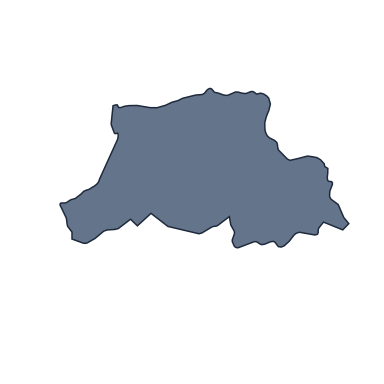 an SVG outline of Almería, rotated 236°
{"feature_id": "ESP-5804", "entity_name": "Almería", "entity_type": "Autonomous Community", "adm_level": 1, "iso_a3": "ESP", "parent_name": "Spain", "parent_adm1": "", "projection": "equal_earth", "projection_center": [-2.331, 37.298], "detail": "fine", "context": "isolated", "style": "filled", "palette": "slate", "viewbox_px": 384, "rotation_deg": 236, "n_neighbors": 0, "source": "natural_earth", "source_scale": "10m", "svg_char_len": 2149}
<svg xmlns="http://www.w3.org/2000/svg" viewBox="0 0 384 384"><g transform="rotate(236 192 192)"><path d="M307.7,174.8L307.0,177.2L306.0,178.8L303.2,178.4L301.8,180.2L300.9,183.8L298.9,188.0L294.4,194.9L285.3,204.5L281.4,210.2L278.7,218.5L277.6,225.6L275.7,231.2L274.9,236.8L270.3,249.3L267.1,255.0L266.9,257.5L267.4,259.3L268.0,260.9L268.2,262.7L268.0,264.5L267.2,265.5L266.1,266.0L262.6,266.3L261.6,266.8L259.7,268.8L254.3,272.8L252.2,275.5L250.6,284.0L248.8,286.4L246.4,288.3L243.8,291.2L243.2,292.8L242.4,296.7L241.6,298.3L240.2,299.3L238.5,299.8L237.0,300.4L235.5,304.3L233.0,306.3L230.0,307.6L227.0,308.1L221.1,306.2L216.8,301.5L213.0,295.9L208.9,291.2L203.4,287.6L200.2,286.3L196.7,285.8L193.8,286.4L188.8,289.2L185.7,290.0L184.2,289.6L180.1,287.6L178.2,287.2L165.9,289.5L163.4,291.0L160.4,298.8L157.2,307.9L153.2,312.3L152.5,312.9L150.7,314.8L146.8,316.6L141.5,317.4L138.8,316.3L135.6,317.8L131.5,314.9L128.5,312.3L125.6,310.9L124.3,311.4L122.8,313.3L121.4,313.7L119.8,312.7L115.6,306.7L111.3,303.5L108.3,303.2L99.9,306.2L86.1,303.6L78.1,304.3L76.3,295.8L93.5,284.2L91.3,277.1L90.0,275.4L88.0,274.1L86.8,272.4L87.6,269.9L98.6,258.5L99.5,255.3L99.3,252.6L96.8,245.1L95.8,238.2L96.5,235.1L98.5,233.0L104.0,232.7L105.5,231.9L106.8,229.4L108.1,223.1L109.3,220.4L111.0,219.2L114.6,217.8L116.0,215.9L119.9,199.3L120.7,198.0L122.0,197.1L123.7,196.8L128.4,197.7L129.9,198.7L133.7,203.9L135.7,205.1L142.9,205.7L150.7,209.2L149.9,194.5L150.1,193.2L151.5,190.4L151.9,188.8L152.5,177.3L153.5,174.4L176.9,152.8L197.2,146.1L194.5,127.8L203.8,125.8L202.9,110.4L204.2,106.9L207.9,100.6L208.9,97.0L207.7,85.5L208.4,76.5L209.2,74.6L210.6,73.1L220.1,66.2L225.9,70.1L233.0,69.7L235.0,70.4L240.5,73.2L255.0,75.3L256.1,76.3L256.0,77.5L254.3,79.9L253.6,81.3L253.4,82.8L253.4,86.4L253.2,87.7L252.1,90.8L251.9,92.1L252.4,99.3L252.9,101.4L253.1,102.8L252.6,105.5L251.9,107.6L251.7,109.1L251.7,112.3L251.5,113.9L251.7,117.3L252.3,119.4L252.9,120.6L254.3,122.4L277.3,159.8L279.2,161.7L280.3,162.5L281.5,163.1L282.4,163.3L282.7,162.5L282.9,161.5L283.6,160.8L284.4,160.6L292.3,162.5L293.7,163.1L307.7,174.8Z" fill="#64748b" stroke="#1e293b" stroke-width="1.5"/></g></svg>